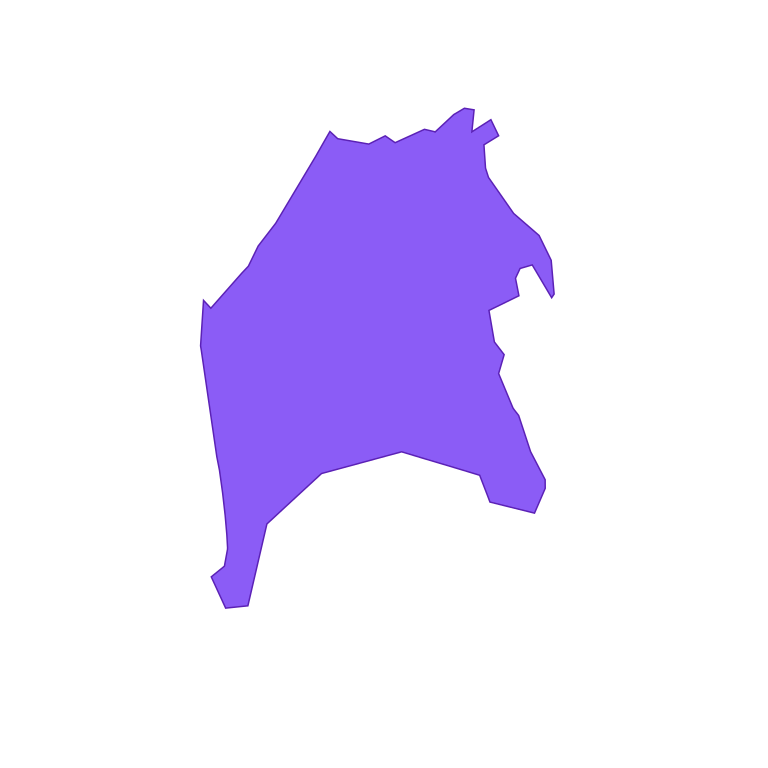 outline of Cataño, Puerto Rico, rotated 128°
{"feature_id": "32010507B33074408407079", "entity_name": "Cataño", "entity_type": "district", "adm_level": 2, "iso_a3": "PRI", "parent_name": "Puerto Rico", "parent_adm1": "", "projection": "orthographic", "projection_center": [-66.144, 18.442], "detail": "fine", "context": "isolated", "style": "filled", "palette": "violet", "viewbox_px": 768, "rotation_deg": 128, "n_neighbors": 0, "source": "geoboundaries", "source_scale": "gbopen_adm2", "svg_char_len": 1023}
<svg xmlns="http://www.w3.org/2000/svg" viewBox="0 0 768 768"><g transform="rotate(128 384 384)"><path d="M642.3,401.4L643.7,398.7L658.1,370.8L657.6,370.3L642.6,354.7L566.4,390.1L542.3,386.2L493.0,378.1L426.6,328.4L417.9,306.0L405.0,273.1L397.0,252.4L397.8,251.1L408.2,233.7L411.8,227.8L393.1,185.9L367.0,192.7L360.2,198.1L347.1,226.8L325.9,258.5L324.1,265.7L323.4,267.8L305.2,300.1L286.9,307.4L282.9,322.9L261.4,346.6L231.4,332.0L219.7,345.5L209.2,347.9L198.9,340.5L212.8,305.0L208.4,305.3L183.6,328.4L171.5,353.2L169.8,386.8L156.9,428.8L151.4,436.9L134.0,452.5L117.8,446.5L109.9,462.5L131.2,470.0L112.5,481.8L117.2,490.4L128.7,494.9L154.0,498.9L154.0,499.4L158.4,508.9L187.0,523.8L187.7,535.8L204.3,543.7L219.2,571.5L218.3,582.1L228.8,580.6L246.6,578.0L324.0,568.3L352.7,568.1L374.7,563.4L384.0,564.3L430.9,567.1L429.2,577.7L466.9,552.0L470.4,548.2L544.3,470.9L553.3,460.5L569.3,444.0L585.4,428.2L599.7,414.9L609.3,406.5L610.7,405.5L625.8,397.6L642.3,401.4Z" fill="#8b5cf6" stroke="#5b21b6" stroke-width="1.5"/></g></svg>